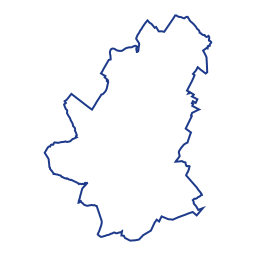 Yauhquemehcan, Tlaxcala, Mexico
{"feature_id": "50627088B44555224018793", "entity_name": "Yauhquemehcan", "entity_type": "district", "adm_level": 2, "iso_a3": "MEX", "parent_name": "Mexico", "parent_adm1": "Tlaxcala", "projection": "robinson", "projection_center": [-98.182, 19.403], "detail": "fine", "context": "isolated", "style": "outline", "palette": "blue", "viewbox_px": 256, "rotation_deg": 0, "n_neighbors": 0, "source": "geoboundaries", "source_scale": "gbopen_adm2", "svg_char_len": 5669}
<svg xmlns="http://www.w3.org/2000/svg" viewBox="0 0 256 256"><path d="M121.4,235.5L123.9,235.8L124.9,237.9L130.1,240.6L135.0,240.3L138.9,239.6L141.6,236.9L143.0,235.3L150.9,230.6L154.6,222.7L156.7,219.7L159.1,221.5L161.6,216.4L168.3,219.2L171.0,219.4L172.7,219.7L178.2,217.3L186.1,214.4L188.8,213.3L192.7,212.0L196.7,215.4L202.8,208.2L198.2,209.9L197.9,209.5L197.6,208.7L196.9,207.7L196.5,206.8L195.0,204.9L194.5,204.5L193.8,203.6L193.6,201.7L193.3,201.0L192.8,200.1L193.7,199.4L194.3,198.7L195.5,198.8L196.3,198.5L197.0,198.1L198.0,197.2L199.7,196.4L200.8,195.4L201.9,195.0L201.6,194.1L201.2,193.6L200.9,193.4L200.9,193.0L200.7,192.7L197.9,189.3L197.1,187.9L186.5,175.8L186.1,175.2L187.4,172.5L187.7,172.2L188.6,170.0L189.6,166.3L189.5,166.2L188.1,166.0L187.4,166.1L187.1,166.3L186.7,166.1L186.6,165.9L186.4,165.7L186.2,165.6L185.5,163.3L185.5,162.5L185.4,162.4L184.2,162.1L183.6,162.0L183.3,162.0L182.5,161.3L182.1,161.1L181.5,161.1L180.8,161.2L180.5,161.4L179.7,161.4L175.6,161.7L176.3,160.6L178.2,158.3L179.6,156.3L179.7,156.0L179.5,155.5L179.2,154.1L178.9,152.7L178.8,152.2L178.9,151.7L179.1,151.1L181.1,147.9L183.5,145.1L183.9,144.6L185.6,143.5L186.2,143.1L186.7,142.9L187.3,142.6L187.5,142.6L188.5,139.4L190.4,133.9L191.0,132.5L185.7,128.6L191.8,116.1L191.0,115.6L192.1,112.9L197.1,110.4L199.1,109.5L192.3,105.9L193.2,103.9L191.9,103.3L192.9,101.2L195.7,102.9L197.4,99.3L192.0,96.5L192.9,95.8L193.8,94.6L192.0,93.5L190.5,92.6L189.3,93.2L188.3,93.5L189.3,91.8L187.0,90.6L192.0,81.0L194.6,75.2L193.0,74.0L195.1,71.5L196.1,70.2L197.1,68.5L197.2,68.1L197.7,67.2L200.9,69.9L205.7,73.5L207.2,72.2L206.9,64.4L206.5,57.3L206.1,56.3L204.7,53.5L203.1,50.6L206.7,47.9L207.6,48.4L207.8,47.8L207.8,47.0L207.8,46.2L208.3,45.8L208.9,46.1L209.7,45.8L209.6,45.4L209.9,44.8L210.0,44.1L211.1,42.8L211.3,42.4L211.0,41.8L209.8,40.8L209.2,40.8L209.0,40.6L208.9,39.7L209.3,37.9L209.2,37.0L208.5,35.9L206.8,37.0L205.9,36.6L205.1,36.1L204.8,35.2L204.5,35.0L203.0,35.0L202.2,34.4L201.5,34.1L201.2,33.5L199.6,32.7L199.5,31.5L198.5,29.9L197.6,29.3L196.7,28.2L196.0,26.9L193.8,24.3L192.0,22.6L191.2,22.0L189.7,20.5L189.2,19.3L188.1,17.8L187.7,16.9L187.2,16.8L186.6,16.9L185.9,17.2L184.7,17.9L184.6,18.2L184.3,18.3L183.3,18.1L181.4,17.3L181.0,17.1L180.3,16.9L179.7,17.0L178.8,16.8L177.3,16.2L177.0,15.8L176.5,15.5L175.2,15.4L172.8,19.2L164.2,31.8L161.7,31.3L158.7,31.3L156.1,27.0L155.3,27.5L154.7,27.8L151.5,23.9L149.4,22.6L147.9,20.8L147.5,20.4L145.6,22.6L145.4,23.1L144.9,23.6L143.9,25.1L143.3,25.9L141.8,28.3L141.1,29.6L140.7,29.8L140.3,30.4L139.1,32.8L138.8,33.2L137.5,35.1L136.7,37.2L136.4,37.6L136.2,38.8L138.9,43.0L139.1,43.5L139.2,44.1L139.1,45.0L138.4,49.1L138.5,49.8L138.4,50.6L138.3,50.9L138.0,51.4L137.6,51.7L137.1,52.0L136.9,52.0L136.9,51.2L136.5,50.4L136.3,49.2L136.4,48.2L136.4,47.9L136.9,47.1L137.0,46.6L136.6,46.2L135.6,45.8L134.7,45.9L133.9,46.2L131.6,47.3L130.1,47.4L129.1,47.3L125.9,48.2L124.2,49.3L122.4,50.6L121.5,50.9L119.2,50.9L116.9,50.4L114.7,49.0L113.7,48.6L112.2,48.6L111.4,49.0L110.8,49.6L110.3,50.6L109.9,52.3L110.2,54.9L110.5,55.7L110.5,57.2L110.7,58.8L110.6,59.5L109.4,59.7L108.7,60.0L108.5,60.4L103.9,68.3L102.9,70.1L102.5,71.1L101.0,73.4L103.3,74.9L105.4,76.0L104.6,77.3L107.5,79.8L106.8,80.9L106.8,81.1L106.9,81.3L107.5,81.4L108.1,81.3L108.2,82.1L106.7,88.7L105.7,90.9L104.3,92.7L102.8,94.1L102.4,94.3L101.5,94.5L101.2,94.8L100.7,95.7L96.9,101.5L94.7,105.3L92.0,109.6L88.2,106.9L71.4,93.9L66.7,99.8L64.6,101.2L65.9,103.0L64.1,104.4L64.5,105.8L65.0,107.1L65.2,107.4L65.4,108.0L65.7,108.9L66.0,109.2L66.9,109.9L67.1,110.3L67.2,111.2L67.0,112.9L67.2,113.5L68.7,116.2L69.6,117.5L70.0,118.2L70.3,119.1L70.6,120.0L72.5,123.4L72.8,124.3L73.0,125.7L73.1,126.1L74.5,127.5L74.8,127.9L74.9,128.5L75.1,129.0L75.1,129.5L74.9,130.3L75.0,130.7L75.2,131.1L75.8,132.3L76.0,133.1L76.7,134.7L76.8,135.4L76.6,135.7L76.5,136.0L76.4,136.1L75.9,136.2L75.9,136.6L76.1,136.9L76.7,137.3L73.3,138.9L72.6,139.0L72.4,139.2L72.2,139.5L71.5,140.0L70.7,140.9L70.5,141.0L70.2,141.2L68.3,141.8L67.4,141.9L66.2,141.8L65.8,141.5L65.3,141.4L65.0,141.6L64.8,141.7L63.9,141.8L63.2,142.0L62.0,142.0L57.8,142.9L56.6,142.6L55.6,142.6L54.9,142.4L54.7,142.4L54.4,142.6L53.7,143.3L53.6,143.5L53.4,144.5L53.2,144.7L52.8,144.8L51.6,144.6L51.3,144.7L50.9,144.9L50.6,145.3L50.2,146.5L49.7,146.4L49.0,146.5L48.2,147.1L47.6,147.8L44.7,152.8L47.9,157.8L48.6,159.0L49.3,165.4L49.4,167.0L49.5,167.3L50.0,167.8L50.0,168.8L50.6,169.5L51.2,170.4L51.5,170.5L53.0,172.7L53.3,173.2L53.6,173.3L53.7,173.5L53.6,174.0L54.0,174.1L54.8,174.0L56.1,174.4L57.3,174.5L58.3,174.9L60.5,175.5L60.8,175.8L61.0,175.9L61.7,176.9L62.2,176.9L63.0,177.3L64.4,178.1L65.8,178.4L66.6,178.8L66.8,178.8L66.9,178.7L67.0,178.4L67.7,178.6L68.5,179.2L69.0,179.5L69.7,179.6L70.5,180.0L71.0,179.9L71.4,179.9L74.0,181.2L77.6,182.9L78.9,184.1L79.2,183.9L79.5,183.7L81.1,184.0L81.5,184.1L81.8,184.1L82.4,183.9L82.8,183.9L83.6,184.1L84.4,183.6L84.7,183.1L85.1,182.8L86.1,183.0L86.5,183.2L87.0,183.0L87.1,183.3L86.8,183.5L85.9,184.6L82.4,188.3L82.1,189.2L81.6,190.8L81.0,193.3L80.4,195.2L79.8,197.9L78.9,200.6L78.5,202.7L79.1,202.6L79.5,202.3L80.1,201.0L80.4,200.8L80.7,200.9L81.1,201.8L81.3,202.1L81.5,202.4L82.9,203.4L83.9,204.6L84.4,204.9L86.7,205.7L87.4,205.8L91.4,205.0L92.0,205.0L92.7,205.2L93.4,205.3L94.6,205.1L95.2,205.6L96.0,205.9L96.7,206.0L101.7,221.0L101.7,223.1L101.2,225.4L99.0,231.6L98.3,232.9L97.7,234.2L97.7,234.4L97.8,234.6L100.6,236.8L101.9,236.8L105.9,235.6L106.6,235.2L108.5,234.9L109.8,234.4L110.6,233.8L111.8,233.6L113.7,232.6L114.4,232.5L115.8,233.2L117.3,233.2L118.1,232.9L119.2,232.4L119.9,232.5L120.6,232.3L121.2,231.9L122.1,231.2L122.1,231.4L121.9,231.8L121.4,235.5Z" fill="none" stroke="#1e3a8a" stroke-width="2"/></svg>